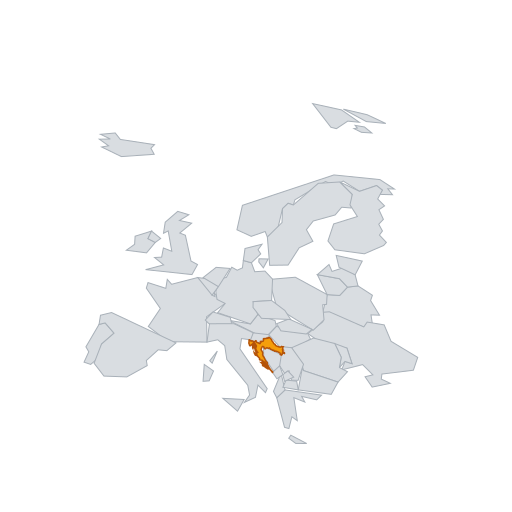 Croatia highlighted on a map of Europe, rotated 17°
{"feature_id": "HRV", "entity_name": "Croatia", "entity_type": "country or territory", "adm_level": 0, "iso_a3": "HRV", "parent_name": "Europe", "parent_adm1": "", "projection": "robinson", "projection_center": [16.337, 44.484], "detail": "fine", "context": "in_parent", "style": "filled", "palette": "amber", "viewbox_px": 512, "rotation_deg": 17, "n_neighbors": 37, "source": "natural_earth", "source_scale": "50m", "svg_char_len": 11816}
<svg xmlns="http://www.w3.org/2000/svg" viewBox="0 0 512 512"><g transform="rotate(17 256 256)"><path d="M265.6,93.7L295.0,91.3L315.7,97.9L304.3,100.2L295.7,110.7L290.0,111.0L265.6,93.7ZM368.6,157.5L356.0,161.0L357.6,156.1L350.7,153.4L336.1,163.9L317.5,158.8L310.6,165.6L300.7,164.4L276.8,190.9L276.8,196.3L271.3,196.2L267.5,203.0L268.9,225.0L261.3,234.5L257.6,229.9L245.7,238.6L230.1,236.5L228.2,211.5L306.8,155.7L352.2,146.7L368.8,151.5L362.4,153.2L368.6,157.5ZM341.4,91.3L322.2,95.2L296.6,90.0L321.1,88.4L341.4,91.3ZM330.8,104.5L320.7,106.9L312.4,105.5L315.5,104.0L312.6,102.1L322.0,100.9L330.8,104.5Z" fill="#d9dde1" stroke="#a8b0b8" stroke-width="1"/><path d="M206.6,293.6L240.4,310.4L226.5,328.5L234.3,352.7L197.2,363.6L173.6,354.9L179.9,334.2L160.5,318.8L160.5,313.0L179.2,313.3L178.0,304.3L183.6,307.7L206.6,293.6ZM242.4,369.7L246.8,358.2L245.4,371.3L242.4,369.7Z" fill="#d9dde1" stroke="#a8b0b8" stroke-width="1"/><path d="M261.3,234.5L271.1,216.4L267.5,203.0L271.3,196.2L276.8,196.3L294.3,168.3L314.5,160.7L330.1,168.9L332.9,182.3L323.7,184.3L319.7,193.6L300.5,205.8L296.5,216.1L306.1,225.3L294.9,235.5L289.3,255.3L271.8,260.9L261.3,234.5Z" fill="#d9dde1" stroke="#a8b0b8" stroke-width="1"/><path d="M362.3,254.8L378.8,259.5L378.6,265.1L391.4,276.5L383.2,278.7L386.8,286.2L379.8,292.3L336.3,290.3L335.3,272.1L347.5,269.3L352.6,259.0L362.3,254.8Z" fill="#d9dde1" stroke="#a8b0b8" stroke-width="1"/><path d="M411.8,337.1L421.6,338.5L405.4,347.4L395.6,339.6L402.5,335.5L389.7,328.7L371.3,339.8L371.9,330.8L379.3,330.9L369.9,317.5L346.0,320.5L328.2,315.1L339.2,299.3L336.3,290.3L342.5,287.9L379.8,292.3L381.6,286.7L398.7,284.4L410.1,298.1L440.3,305.7L439.9,319.2L410.9,332.1L411.8,337.1Z" fill="#d9dde1" stroke="#a8b0b8" stroke-width="1"/><path d="M335.3,272.1L337.6,281.6L334.0,283.2L339.7,297.1L332.4,310.3L291.0,299.3L278.3,279.4L278.6,273.3L299.8,264.8L335.3,272.1Z" fill="#d9dde1" stroke="#a8b0b8" stroke-width="1"/><path d="M296.1,317.4L290.0,328.9L281.2,330.9L248.5,325.5L270.5,322.6L274.8,311.5L293.1,312.2L296.1,317.4Z" fill="#d9dde1" stroke="#a8b0b8" stroke-width="1"/><path d="M328.2,315.1L332.3,319.4L321.9,331.8L305.6,336.2L291.2,327.5L296.1,317.4L328.2,315.1Z" fill="#d9dde1" stroke="#a8b0b8" stroke-width="1"/><path d="M356.9,316.7L369.9,317.5L379.3,330.9L371.9,330.8L368.4,338.3L367.1,327.9L356.9,316.7Z" fill="#d9dde1" stroke="#a8b0b8" stroke-width="1"/><path d="M368.4,338.3L377.3,339.9L371.3,352.6L334.9,351.7L316.9,333.3L335.0,317.7L356.9,316.7L367.1,327.9L368.4,338.3Z" fill="#d9dde1" stroke="#a8b0b8" stroke-width="1"/><path d="M352.6,259.0L347.5,269.3L335.3,272.1L320.1,255.9L342.5,253.3L352.6,259.0Z" fill="#d9dde1" stroke="#a8b0b8" stroke-width="1"/><path d="M356.3,245.0L362.3,254.8L352.6,259.0L342.5,253.3L320.1,255.9L328.3,242.8L333.2,248.5L343.6,241.2L356.3,245.0Z" fill="#d9dde1" stroke="#a8b0b8" stroke-width="1"/><path d="M359.1,229.8L356.3,245.0L338.7,242.5L332.5,232.0L359.1,229.8Z" fill="#d9dde1" stroke="#a8b0b8" stroke-width="1"/><path d="M278.6,273.3L283.9,294.0L266.6,300.5L274.8,311.5L270.5,322.6L235.9,321.4L240.4,310.4L231.4,308.9L227.9,301.6L228.4,288.2L233.9,285.2L236.1,273.8L242.2,275.1L246.5,271.3L245.2,264.0L253.6,263.8L259.4,271.4L269.0,267.8L278.6,273.3Z" fill="#d9dde1" stroke="#a8b0b8" stroke-width="1"/><path d="M332.9,348.4L334.9,351.7L371.3,352.6L368.4,366.3L335.5,371.7L332.9,348.4Z" fill="#d9dde1" stroke="#a8b0b8" stroke-width="1"/><path d="M359.3,420.5L348.8,423.6L340.6,420.7L341.7,417.2L359.3,420.5ZM322.9,375.6L359.4,369.9L356.1,375.8L340.7,376.9L345.4,381.4L333.6,380.4L343.6,401.4L337.3,399.3L337.9,411.4L333.4,411.5L317.3,385.5L322.9,375.6Z" fill="#d9dde1" stroke="#a8b0b8" stroke-width="1"/><path d="M322.9,375.6L317.3,385.5L312.3,380.4L314.2,360.8L322.9,375.6Z" fill="#d9dde1" stroke="#a8b0b8" stroke-width="1"/><path d="M249.3,322.2L254.0,330.5L234.0,336.1L226.2,332.1L231.2,322.1L249.3,322.2Z" fill="#d9dde1" stroke="#a8b0b8" stroke-width="1"/><path d="M226.3,301.9L228.6,306.8L225.4,306.3L226.3,301.9Z" fill="#d9dde1" stroke="#a8b0b8" stroke-width="1"/><path d="M229.0,296.3L225.4,306.3L206.6,293.6L222.0,291.1L229.0,296.3Z" fill="#d9dde1" stroke="#a8b0b8" stroke-width="1"/><path d="M234.8,275.5L229.0,296.3L211.7,292.1L221.2,278.5L234.8,275.5Z" fill="#d9dde1" stroke="#a8b0b8" stroke-width="1"/><path d="M125.9,367.3L131.3,364.1L142.8,371.3L134.0,385.4L136.0,398.0L129.6,408.0L122.6,407.8L124.1,396.5L119.9,392.6L125.9,367.3Z" fill="#d9dde1" stroke="#a8b0b8" stroke-width="1"/><path d="M132.5,405.9L134.0,385.4L142.8,371.3L131.3,364.1L125.9,367.3L124.6,358.1L134.4,352.3L204.9,362.5L198.4,372.6L189.9,374.3L181.7,388.0L184.0,392.6L167.8,409.4L145.7,415.3L132.5,405.9Z" fill="#d9dde1" stroke="#a8b0b8" stroke-width="1"/><path d="M155.7,272.5L150.4,285.0L130.3,288.4L136.5,280.3L134.6,272.4L148.8,262.7L147.6,271.0L155.7,272.5Z" fill="#d9dde1" stroke="#a8b0b8" stroke-width="1"/><path d="M254.6,327.2L275.9,330.3L276.7,337.5L266.3,339.2L267.8,349.5L305.5,379.6L305.0,383.9L295.6,378.9L296.8,391.3L287.7,399.4L290.5,390.8L285.9,382.0L258.4,363.5L252.3,350.9L243.9,347.3L234.3,352.7L231.3,334.4L254.6,327.2ZM265.9,401.8L286.6,396.7L283.7,409.8L265.9,401.8ZM238.2,374.8L249.0,378.4L247.7,389.1L242.0,391.3L238.2,374.8Z" fill="#d9dde1" stroke="#a8b0b8" stroke-width="1"/><path d="M253.6,263.8L245.2,264.0L243.3,252.0L258.3,243.0L256.1,249.4L259.9,252.6L253.6,263.8ZM268.5,255.3L266.5,265.2L260.4,260.9L259.7,257.8L268.5,255.3Z" fill="#d9dde1" stroke="#a8b0b8" stroke-width="1"/><path d="M155.7,272.5L147.6,271.0L148.8,262.7L159.7,267.1L155.7,272.5ZM174.1,276.1L164.7,257.7L160.9,261.3L159.3,250.2L168.1,236.2L179.7,236.2L172.4,244.4L184.9,243.4L176.4,256.3L182.4,256.8L195.3,279.8L202.6,281.3L200.2,292.5L154.4,301.3L170.3,291.5L159.4,287.1L166.1,284.7L165.1,275.4L174.1,276.1Z" fill="#d9dde1" stroke="#a8b0b8" stroke-width="1"/><path d="M126.4,179.2L124.0,183.7L128.9,188.5L98.2,200.3L76.5,196.9L82.8,193.7L72.0,190.1L82.5,186.7L71.7,185.1L85.4,179.5L92.2,184.2L126.4,179.2Z" fill="#d9dde1" stroke="#a8b0b8" stroke-width="1"/><path d="M275.9,330.3L291.2,327.5L293.5,330.3L285.6,338.6L275.2,338.3L275.9,330.3Z" fill="#d9dde1" stroke="#a8b0b8" stroke-width="1"/><path d="M357.6,156.1L355.7,165.9L364.3,170.5L360.0,175.8L367.1,183.7L364.1,189.7L369.6,195.1L367.9,199.9L376.7,204.9L375.0,208.6L359.0,222.2L329.6,227.0L320.4,220.6L320.9,202.6L341.4,188.6L330.9,179.6L330.1,168.9L314.5,160.7L336.1,163.9L350.7,153.4L357.6,156.1Z" fill="#d9dde1" stroke="#a8b0b8" stroke-width="1"/><path d="M331.0,309.8L326.9,315.9L301.7,320.3L295.5,314.7L305.9,306.6L331.0,309.8Z" fill="#d9dde1" stroke="#a8b0b8" stroke-width="1"/><path d="M283.9,294.0L299.6,299.7L307.8,306.6L279.5,314.0L268.2,306.1L266.6,300.5L283.9,294.0Z" fill="#d9dde1" stroke="#a8b0b8" stroke-width="1"/><path d="M306.5,361.1L292.8,349.9L289.6,340.4L311.6,343.3L312.3,353.7L306.5,361.1Z" fill="#d9dde1" stroke="#a8b0b8" stroke-width="1"/><path d="M331.5,363.8L335.5,371.7L320.1,373.7L321.0,365.9L331.5,363.8Z" fill="#d9dde1" stroke="#a8b0b8" stroke-width="1"/><path d="M308.0,335.0L316.9,333.3L333.1,345.6L332.6,362.6L326.3,364.4L321.1,356.1L317.6,359.8L310.7,354.1L308.0,335.0Z" fill="#d9dde1" stroke="#a8b0b8" stroke-width="1"/><path d="M316.4,361.6L311.9,367.3L305.8,362.5L310.7,354.1L316.4,361.6Z" fill="#d9dde1" stroke="#a8b0b8" stroke-width="1"/><path d="M319.9,367.5L316.4,361.6L320.0,356.6L327.5,360.8L319.9,367.5Z" fill="#d9dde1" stroke="#a8b0b8" stroke-width="1"/><path d="M274.3,338.1L274.6,338.4L276.3,338.8L276.6,338.7L276.9,338.4L276.9,338.2L277.0,338.2L277.6,338.4L278.1,338.4L278.9,338.4L279.4,338.4L279.8,338.2L280.3,337.5L280.5,337.1L280.9,337.1L281.0,337.4L281.2,337.7L281.8,338.2L282.1,338.4L282.5,338.5L282.8,338.3L283.2,338.3L284.2,338.6L285.0,338.7L285.6,338.5L285.6,338.2L285.3,337.9L285.3,337.6L285.3,337.4L285.8,337.1L285.7,337.0L285.2,336.5L285.2,336.4L286.4,335.9L287.5,335.6L287.7,335.4L287.8,335.0L287.8,334.4L287.8,333.9L287.3,333.4L287.3,333.2L287.4,332.9L287.6,332.7L288.0,332.6L288.5,332.4L288.9,332.2L289.5,332.1L289.9,331.9L290.3,331.3L290.6,331.3L291.3,331.3L291.5,331.2L291.4,330.5L291.5,330.3L291.8,330.2L292.6,330.1L293.2,330.3L293.5,330.4L294.7,331.0L295.5,331.6L295.9,332.3L296.5,332.8L297.2,333.2L297.8,333.7L298.3,334.3L298.9,334.7L299.7,334.8L300.2,335.0L300.4,335.3L300.8,335.7L301.5,336.0L302.5,336.1L304.4,336.2L304.6,336.2L305.0,336.2L305.5,336.1L306.1,335.9L306.3,335.8L306.9,335.0L307.3,335.1L308.0,335.0L308.4,334.8L308.5,334.8L308.4,335.0L308.4,335.4L308.1,335.6L308.4,336.1L308.8,337.0L308.6,337.5L308.8,337.8L309.5,338.0L309.3,338.2L309.2,338.5L309.2,339.1L309.7,339.6L310.9,340.0L311.3,340.1L311.4,340.3L311.6,340.4L311.7,340.5L311.7,340.9L311.1,340.9L310.5,340.9L310.0,340.7L310.0,340.8L310.0,341.0L309.6,341.1L309.8,342.4L309.7,342.8L309.4,342.9L309.2,342.9L309.2,343.0L309.2,343.3L308.8,343.3L308.1,343.2L307.8,342.9L307.8,342.6L307.8,342.4L307.5,342.0L307.0,341.6L305.9,341.5L305.5,341.4L305.0,341.3L304.6,341.2L304.1,341.2L303.6,341.3L302.7,341.1L302.4,341.3L301.9,341.6L301.5,341.6L300.7,341.0L300.5,340.9L299.8,341.3L299.5,341.3L299.3,341.2L298.4,340.9L298.0,340.9L297.7,341.0L297.1,340.9L295.8,340.0L295.0,340.7L293.3,340.5L292.8,340.9L292.2,341.8L291.8,342.2L291.4,342.0L290.9,341.7L290.1,340.7L289.6,340.6L289.2,340.5L288.7,340.6L288.5,340.8L288.3,342.2L288.2,343.4L288.2,344.1L289.1,344.8L290.2,345.9L290.5,346.1L290.7,346.5L291.0,347.4L291.2,348.5L291.8,349.3L292.3,349.8L292.9,350.2L293.7,351.0L294.3,351.7L294.5,352.0L295.7,353.1L296.9,354.1L298.0,354.5L298.1,355.5L298.3,355.8L299.0,356.7L300.4,358.0L300.6,358.2L300.6,358.5L300.2,358.8L299.9,358.6L298.5,357.4L297.2,356.6L295.7,355.1L293.7,354.6L292.4,353.9L291.6,354.0L290.7,354.2L290.2,354.2L289.8,354.1L289.5,353.7L289.5,353.4L289.5,353.0L288.7,352.4L287.6,351.8L286.6,351.0L284.6,348.9L284.2,348.2L284.6,348.1L284.9,348.1L285.2,347.9L285.8,347.9L286.4,348.1L285.9,347.6L285.1,347.2L283.3,345.4L282.7,344.6L282.7,343.7L282.8,342.5L282.5,341.6L281.1,340.5L280.6,339.9L279.5,339.5L279.0,339.5L278.8,340.0L278.5,341.0L277.6,342.2L277.3,342.8L276.8,343.5L276.3,343.6L276.1,343.5L275.3,342.3L274.6,341.4L274.5,340.9L274.5,340.4L273.9,338.4L274.3,338.1ZM305.7,361.8L305.8,362.1L306.0,362.5L306.3,362.9L305.1,362.1L303.9,361.2L301.7,359.9L300.2,359.6L298.0,358.6L296.7,358.2L297.2,358.1L297.8,358.1L301.1,359.5L300.7,359.1L301.2,359.0L301.6,359.1L301.8,359.5L302.3,359.8L303.2,360.4L303.7,360.8L304.9,361.5L305.2,361.6L305.7,361.8ZM280.1,345.0L280.1,345.3L279.7,344.9L279.5,344.2L279.0,343.0L278.9,342.7L279.2,342.4L279.2,342.1L278.9,341.1L279.1,340.9L279.3,340.9L279.4,341.6L279.5,342.0L280.0,342.5L279.9,343.3L280.0,344.4L280.1,344.7L280.1,345.0ZM282.2,342.4L281.4,342.6L281.0,342.3L280.9,342.0L280.3,341.9L279.9,341.6L279.8,341.4L280.4,341.1L280.7,340.4L281.1,340.8L281.5,341.5L281.8,341.7L282.2,342.4ZM295.0,356.1L293.9,356.1L293.0,356.0L292.6,355.7L292.8,355.2L293.8,355.2L295.3,355.5L295.6,355.8L295.0,356.1ZM297.6,357.3L297.2,357.4L294.3,357.3L293.4,357.1L292.5,356.7L292.3,356.6L293.2,356.5L294.1,356.6L294.4,356.9L296.7,357.1L297.6,357.3ZM284.6,347.6L284.5,347.8L284.0,347.4L283.7,347.1L283.4,346.8L282.8,346.4L282.7,345.9L281.9,344.9L281.8,344.7L282.2,345.0L282.5,345.3L282.8,345.4L283.5,346.0L284.1,346.8L285.0,347.4L284.8,347.5L284.6,347.6ZM294.1,358.3L295.3,358.6L296.2,358.4L297.0,358.6L297.5,358.8L297.6,359.0L296.9,359.0L296.2,358.9L295.4,359.1L294.7,359.0L294.4,358.8L294.2,358.6L294.1,358.3ZM284.6,350.9L284.7,351.0L284.4,351.0L282.7,349.3L282.5,348.9L283.1,349.3L284.6,350.9ZM282.3,344.2L282.5,344.5L281.9,344.2L281.3,344.1L281.2,343.8L281.3,343.6L281.4,343.4L281.8,343.5L282.3,344.2ZM300.3,360.2L301.2,360.7L298.6,360.0L298.9,359.9L299.2,359.9L300.3,360.2ZM285.8,350.5L286.2,351.1L285.8,350.9L285.4,350.6L285.1,350.2L285.8,350.5ZM284.9,349.8L285.0,350.0L284.2,349.5L283.9,349.2L284.9,349.8Z" fill="#f59e0b" stroke="#b45309" stroke-width="1.5"/></g></svg>